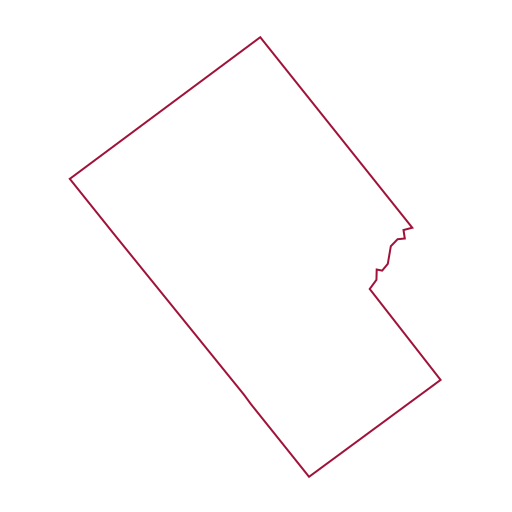 DeWitt, Texas, United States of America (Robinson projection), rotated 272°
{"feature_id": "52423323B62485565379891", "entity_name": "DeWitt", "entity_type": "district", "adm_level": 2, "iso_a3": "USA", "parent_name": "United States of America", "parent_adm1": "Texas", "projection": "robinson", "projection_center": [-97.385, 29.099], "detail": "fine", "context": "isolated", "style": "outline", "palette": "rose", "viewbox_px": 512, "rotation_deg": 272, "n_neighbors": 0, "source": "geoboundaries", "source_scale": "gbopen_adm2", "svg_char_len": 379}
<svg xmlns="http://www.w3.org/2000/svg" viewBox="0 0 512 512"><g transform="rotate(272 256 256)"><path d="M326.6,67.2L273.2,113.1L117.0,248.8L107.4,256.4L37.2,316.7L138.6,444.8L227.0,370.8L236.4,377.2L246.7,377.1L245.8,382.6L252.8,388.0L270.5,390.4L277.7,396.9L278.7,404.1L287.1,402.5L289.7,411.2L474.8,252.6L326.6,67.2Z" fill="none" stroke="#9f1239" stroke-width="2"/></g></svg>